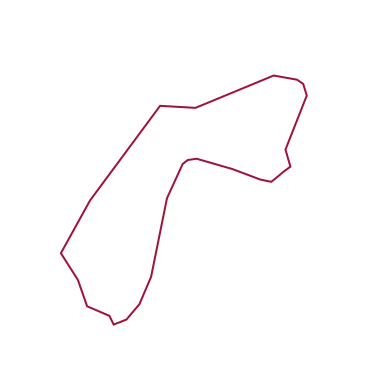 San Antonio Aguas Calientes, Sacatepéquez, Guatemala (Equal Earth projection), rotated 247°
{"feature_id": "79465075B38855532318009", "entity_name": "San Antonio Aguas Calientes", "entity_type": "district", "adm_level": 2, "iso_a3": "GTM", "parent_name": "Guatemala", "parent_adm1": "Sacatepéquez", "projection": "equal_earth", "projection_center": [-90.785, 14.552], "detail": "fine", "context": "isolated", "style": "outline", "palette": "rose", "viewbox_px": 384, "rotation_deg": 247, "n_neighbors": 0, "source": "geoboundaries", "source_scale": "gbopen_adm2", "svg_char_len": 481}
<svg xmlns="http://www.w3.org/2000/svg" viewBox="0 0 384 384"><g transform="rotate(247 192 192)"><path d="M186.9,47.4L155.7,52.6L127.8,50.8L110.2,67.6L100.6,68.1L100.2,81.8L109.3,99.8L129.9,121.2L196.0,166.5L221.4,194.3L223.1,200.6L220.8,209.3L197.2,238.3L176.8,259.7L170.4,269.0L172.8,277.4L174.7,283.4L176.9,292.5L194.5,294.6L235.9,335.3L248.0,336.6L254.3,332.6L267.3,312.7L268.1,228.0L283.8,196.3L224.1,94.9L186.9,47.4Z" fill="none" stroke="#9f1239" stroke-width="2"/></g></svg>